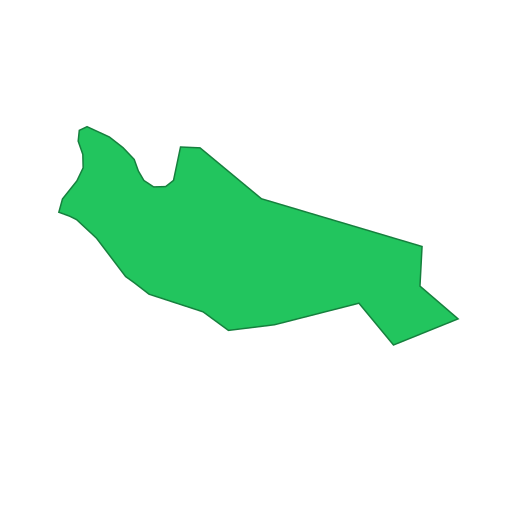 map outline of Ikskiles (Natural Earth projection), rotated 22°
{"feature_id": "LVA-5761", "entity_name": "Ikskiles", "entity_type": "Municipality", "adm_level": 1, "iso_a3": "LVA", "parent_name": "Latvia", "parent_adm1": "", "projection": "natural_earth1", "projection_center": [24.522, 56.856], "detail": "fine", "context": "isolated", "style": "filled", "palette": "green", "viewbox_px": 512, "rotation_deg": 22, "n_neighbors": 0, "source": "natural_earth", "source_scale": "10m", "svg_char_len": 566}
<svg xmlns="http://www.w3.org/2000/svg" viewBox="0 0 512 512"><g transform="rotate(22 256 256)"><path d="M153.1,326.4L142.8,323.9L101.4,299.2L76.1,289.5L68.2,288.9L56.8,289.3L55.2,275.6L61.8,253.4L62.7,239.0L57.4,226.7L48.1,216.1L45.1,205.7L50.9,199.4L75.5,200.6L92.2,205.4L106.9,212.1L115.1,221.3L123.8,228.0L135.2,230.3L146.2,225.5L151.2,216.8L145.2,183.2L163.6,176.7L239.6,200.9L406.4,185.0L419.3,222.5L466.9,238.6L416.8,287.0L369.1,261.2L298.9,312.8L258.3,335.3L227.8,327.6L171.2,331.5L153.1,326.4Z" fill="#22c55e" stroke="#15803d" stroke-width="1.5"/></g></svg>